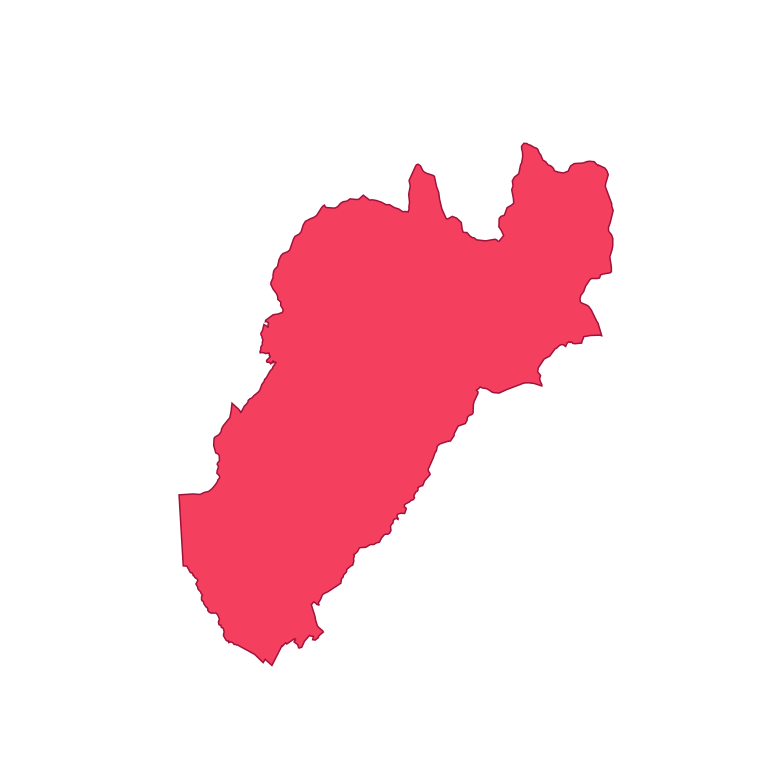 outline of Densus, Hunedoara, Romania, rotated 123°
{"feature_id": "2599482B28304052342107", "entity_name": "Densus", "entity_type": "district", "adm_level": 2, "iso_a3": "ROU", "parent_name": "Romania", "parent_adm1": "Hunedoara", "projection": "albers", "projection_center": [22.719, 45.565], "detail": "fine", "context": "isolated", "style": "filled", "palette": "rose", "viewbox_px": 768, "rotation_deg": 123, "n_neighbors": 0, "source": "geoboundaries", "source_scale": "gbopen_adm2", "svg_char_len": 6158}
<svg xmlns="http://www.w3.org/2000/svg" viewBox="0 0 768 768"><g transform="rotate(123 384 384)"><path d="M588.6,495.5L645.9,453.3L644.1,450.2L647.6,443.7L646.9,442.3L647.3,442.0L647.5,440.7L648.6,439.8L648.3,439.2L649.3,437.2L649.3,435.0L649.6,433.7L650.4,433.1L654.2,432.8L655.5,430.1L657.3,428.2L658.2,424.8L659.3,423.2L659.9,421.3L661.4,421.3L663.9,419.9L664.9,418.7L664.8,417.1L666.6,415.0L668.0,411.5L667.7,410.7L668.1,410.4L668.4,409.4L669.7,408.6L670.5,407.0L670.4,404.4L667.6,400.1L668.3,397.5L670.9,393.9L673.5,393.4L675.5,391.6L675.8,390.9L675.1,389.5L676.8,387.8L676.3,386.5L677.0,385.1L678.9,383.1L681.9,382.0L682.7,381.2L684.8,377.1L685.0,375.9L684.3,375.1L684.7,374.5L684.4,374.1L685.4,373.4L683.6,371.8L683.4,371.1L683.4,369.5L684.1,367.9L683.2,366.7L683.2,365.5L682.7,365.0L681.2,345.1L683.5,333.6L679.6,333.7L681.1,324.7L659.2,327.0L659.3,326.4L654.7,325.6L655.0,323.9L646.4,320.4L646.2,319.8L646.7,318.9L648.5,319.2L649.3,318.9L649.6,314.4L651.7,312.0L651.7,311.4L649.6,309.6L643.0,310.6L635.4,309.5L635.3,308.3L634.1,305.7L637.3,304.6L636.3,302.3L632.4,300.9L631.3,301.4L629.9,301.3L625.1,299.8L624.4,301.0L623.7,306.4L623.0,308.3L619.5,312.5L616.4,315.4L608.7,324.7L604.9,324.3L605.1,321.3L605.5,320.3L605.2,319.9L605.1,318.7L604.5,318.2L603.9,319.4L603.1,319.8L599.0,319.9L594.7,320.8L593.2,320.6L588.6,317.8L574.6,311.7L570.4,313.6L568.4,313.1L566.2,313.9L562.4,313.2L561.2,313.4L559.9,314.3L554.7,312.7L552.9,311.6L548.9,312.9L547.1,314.4L544.4,315.2L543.6,316.4L541.5,315.5L538.7,315.0L534.7,315.4L530.8,310.3L525.9,307.9L524.2,305.1L521.5,303.9L519.2,301.7L514.3,302.2L510.5,301.7L509.4,301.2L507.8,298.9L506.0,298.1L503.2,298.3L499.5,301.2L497.2,301.2L496.0,300.7L493.7,301.7L491.9,301.9L489.9,300.2L490.0,298.5L489.3,298.6L488.4,300.3L487.1,301.5L485.5,301.5L483.1,299.4L481.4,296.2L476.6,297.3L476.0,298.0L475.9,300.0L473.8,301.1L469.1,298.5L467.3,298.1L464.9,296.4L462.7,296.5L461.6,298.1L457.6,298.5L455.7,297.7L454.5,297.7L452.3,299.1L449.4,297.5L448.2,296.2L443.1,297.2L434.8,296.0L433.7,297.3L433.0,299.2L431.4,300.5L418.8,302.5L414.3,303.7L411.4,303.7L407.0,305.5L403.7,304.4L397.8,299.7L395.6,297.2L389.3,297.1L387.1,298.1L378.9,298.9L372.9,294.3L369.5,294.5L366.4,295.9L363.7,295.3L362.2,294.0L360.8,293.5L359.5,293.7L352.6,297.8L349.6,298.9L340.6,300.1L339.4,300.9L338.8,303.2L336.4,302.1L334.1,301.8L333.8,299.4L332.0,295.4L331.8,291.7L332.0,289.9L331.6,287.5L328.9,282.5L321.8,278.0L306.9,267.1L304.3,263.5L301.8,258.4L299.7,250.6L298.6,251.3L296.4,254.7L294.9,256.3L291.6,257.3L290.1,261.7L286.5,263.4L275.8,263.3L270.3,260.2L261.3,259.7L260.3,258.9L255.7,257.7L254.2,256.4L253.2,254.8L253.7,252.7L253.6,252.1L249.8,252.7L247.8,251.8L247.6,251.3L247.8,250.5L246.5,249.5L247.1,247.8L246.3,245.9L242.0,240.5L240.2,241.3L237.2,241.7L235.6,242.4L230.6,236.9L225.7,229.9L224.9,227.7L216.4,237.7L215.5,239.8L209.2,250.2L207.7,253.9L207.3,256.0L208.5,263.1L208.0,264.2L206.0,265.9L202.6,267.2L197.7,266.9L192.2,268.2L184.2,268.1L182.5,267.4L179.4,262.6L177.7,261.0L174.5,261.8L172.7,260.4L167.5,254.8L165.9,254.5L162.1,257.0L154.5,263.8L147.1,265.9L143.5,267.4L137.3,271.4L134.9,274.5L133.6,278.7L130.7,280.9L125.4,282.2L113.6,286.3L111.0,289.7L108.9,291.1L97.8,306.0L95.0,307.3L86.3,309.9L83.7,313.4L82.6,316.5L83.6,323.5L84.3,323.5L83.1,328.8L85.2,332.9L86.8,334.8L90.3,337.5L95.6,344.6L99.7,346.3L105.3,345.5L109.4,348.6L111.3,353.0L112.3,356.6L112.3,357.5L110.9,359.2L110.3,362.1L110.3,363.4L110.9,365.8L109.5,369.4L109.7,372.8L106.6,377.1L105.6,379.8L103.3,383.1L103.2,384.7L103.8,386.7L103.9,390.7L104.6,393.6L104.5,395.2L106.0,397.8L109.8,398.1L112.2,396.3L114.0,394.2L118.0,391.4L123.8,388.9L125.6,388.9L134.2,385.5L139.6,387.3L143.8,387.0L147.5,383.7L151.5,382.7L158.1,376.4L161.7,373.7L164.8,374.6L169.0,376.8L176.9,375.0L179.9,377.3L182.5,377.5L189.7,373.2L190.9,370.0L194.3,364.5L201.8,365.3L202.1,366.1L201.8,367.7L202.1,369.7L208.6,376.7L212.7,384.9L212.3,387.5L213.1,389.7L213.1,392.5L211.8,396.9L213.3,399.5L213.5,400.5L211.0,403.3L206.5,407.1L205.3,413.3L206.2,418.0L210.7,420.4L211.5,421.8L205.6,430.9L198.8,438.0L193.5,442.5L189.7,447.6L182.4,454.8L182.3,456.4L184.1,463.0L184.3,465.7L183.9,467.7L181.2,472.1L181.1,475.1L182.4,476.1L183.9,476.2L199.7,473.8L203.7,469.8L211.5,466.6L217.8,461.5L222.1,459.5L223.5,458.3L226.7,457.5L227.2,459.2L229.3,462.3L229.2,467.0L230.4,471.3L230.6,477.0L232.5,480.0L232.9,485.1L234.2,490.2L235.9,494.2L237.6,496.2L236.9,504.2L242.9,505.8L244.2,507.5L247.3,513.4L250.5,514.5L253.5,517.6L255.8,518.8L260.6,519.5L262.8,520.7L263.8,521.9L267.3,528.3L267.5,529.3L266.4,531.4L267.6,532.0L269.9,532.4L279.4,532.3L282.5,533.6L285.5,535.8L290.4,538.5L294.4,538.4L301.7,536.4L304.4,536.8L308.6,539.0L311.4,538.9L322.8,536.1L325.4,536.8L329.7,539.8L332.2,540.3L336.8,539.8L343.4,537.3L347.1,538.1L349.4,538.0L353.1,536.4L355.2,535.0L360.4,534.1L362.1,533.2L364.9,528.6L366.8,523.2L368.8,520.6L370.9,519.1L371.6,515.1L374.5,513.4L376.2,509.6L378.1,508.3L380.0,508.4L380.7,509.4L382.6,510.6L386.3,514.7L395.1,518.0L396.3,517.4L395.6,517.0L395.7,514.0L397.6,513.5L399.3,512.1L399.6,512.3L399.4,513.4L399.5,517.1L405.5,515.0L408.5,514.9L409.8,513.9L410.5,512.3L411.7,511.4L413.0,509.5L415.4,508.8L417.1,507.5L419.8,507.5L422.4,506.1L424.7,505.5L425.3,504.7L424.3,503.9L422.9,500.7L423.1,500.1L420.6,497.2L422.5,495.8L423.0,494.9L422.7,494.5L423.0,494.2L427.9,495.3L428.8,495.0L429.4,493.9L428.2,491.8L428.8,490.0L427.2,489.6L426.9,488.9L425.9,489.8L425.1,489.5L425.6,487.9L424.7,486.7L425.0,486.3L430.2,486.5L431.8,486.0L435.2,486.6L443.0,486.1L445.0,486.6L447.2,486.0L450.9,486.2L456.8,484.8L459.4,485.1L465.0,486.9L467.2,487.0L469.5,488.4L471.7,489.0L473.0,488.3L475.8,488.4L478.5,489.1L485.5,488.4L485.9,488.7L484.9,490.4L484.3,492.5L482.9,501.0L490.3,497.3L496.2,495.0L506.9,496.1L510.4,495.7L512.5,494.7L516.3,494.8L521.0,497.0L522.5,496.7L528.4,493.3L533.4,487.6L533.1,484.9L533.7,483.3L538.0,480.2L540.7,480.6L542.2,480.2L543.1,478.2L543.9,477.6L547.3,476.8L549.9,475.5L550.5,472.5L551.6,471.1L552.5,470.7L554.6,471.1L557.0,470.5L560.6,470.6L565.5,471.2L569.5,472.5L573.1,475.9L576.7,478.0L580.4,484.5L588.6,495.5Z" fill="#f43f5e" stroke="#9f1239" stroke-width="1.5"/></g></svg>